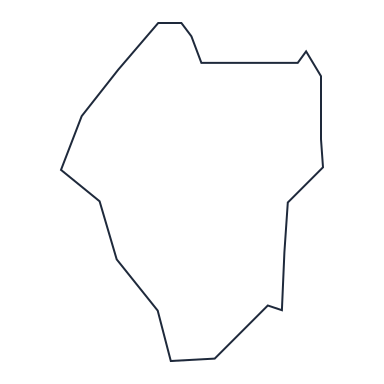 outline of Lomma, Skåne, Sweden
{"feature_id": "70781695B45241162189836", "entity_name": "Lomma", "entity_type": "district", "adm_level": 2, "iso_a3": "SWE", "parent_name": "Sweden", "parent_adm1": "Skåne", "projection": "mercator", "projection_center": [13.097, 55.727], "detail": "fine", "context": "isolated", "style": "outline", "palette": "slate", "viewbox_px": 384, "rotation_deg": 0, "n_neighbors": 0, "source": "geoboundaries", "source_scale": "gbopen_adm2", "svg_char_len": 402}
<svg xmlns="http://www.w3.org/2000/svg" viewBox="0 0 384 384"><path d="M61.0,169.9L99.6,201.3L116.7,259.4L157.7,310.6L170.8,361.0L214.7,358.6L244.6,328.7L267.8,305.5L281.9,310.2L284.4,252.3L287.8,202.5L323.0,167.3L321.0,139.3L321.0,76.2L306.1,51.4L297.7,62.9L237.9,62.9L201.4,62.9L191.4,36.3L181.4,23.0L158.2,23.0L118.3,69.6L81.7,116.1L61.0,169.9Z" fill="none" stroke="#1e293b" stroke-width="2"/></svg>